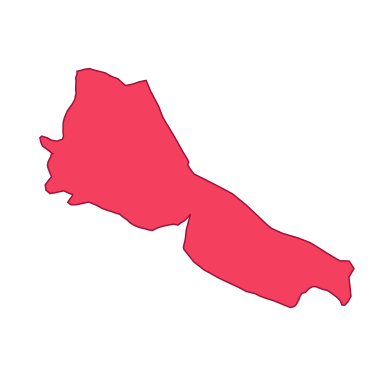 Dokan, As-Sulaymaniyah, Iraq, rotated 168°
{"feature_id": "34846034B72694577895124", "entity_name": "Dokan", "entity_type": "district", "adm_level": 2, "iso_a3": "IRQ", "parent_name": "Iraq", "parent_adm1": "As-Sulaymaniyah", "projection": "albers", "projection_center": [45.03, 35.922], "detail": "fine", "context": "isolated", "style": "filled", "palette": "rose", "viewbox_px": 384, "rotation_deg": 168, "n_neighbors": 0, "source": "geoboundaries", "source_scale": "gbopen_adm2", "svg_char_len": 2092}
<svg xmlns="http://www.w3.org/2000/svg" viewBox="0 0 384 384"><g transform="rotate(168 192 192)"><path d="M328.7,268.1L324.5,263.3L320.3,258.5L321.7,258.5L322.8,255.7L324.2,254.3L326.4,251.5L327.8,248.4L327.8,245.3L327.0,239.8L326.1,236.3L329.5,233.6L331.4,231.8L334.2,229.4L334.2,228.0L334.5,224.2L334.2,223.9L331.4,220.1L328.6,219.8L324.1,219.8L317.1,219.8L312.6,216.3L309.3,214.3L310.4,212.6L312.6,210.8L315.7,207.7L312.9,204.6L307.6,203.6L300.8,203.6L294.7,203.6L293.0,202.2L289.9,200.2L286.0,197.1L283.2,194.6L279.0,191.9L275.1,189.8L270.1,186.7L267.3,185.3L265.0,182.2L261.4,178.4L258.9,174.6L255.2,171.2L251.0,168.4L245.4,165.7L241.5,163.6L238.7,162.6L232.0,164.3L226.7,164.6L221.1,164.6L216.4,164.3L212.5,162.6L209.7,164.0L204.9,165.7L199.9,169.1L198.1,170.7L201.6,163.9L205.5,156.0L208.6,146.7L211.9,139.8L211.9,137.7L204.7,123.2L196.3,113.2L188.2,106.3L183.5,102.1L166.2,89.0L159.5,83.4L151.1,79.3L147.8,76.5L142.5,73.1L135.0,68.9L126.9,63.4L123.3,60.9L119.6,58.5L115.7,58.8L113.5,60.2L109.9,64.4L107.9,67.8L105.1,70.2L102.1,70.2L97.3,73.3L94.0,74.3L91.2,74.0L84.2,69.5L80.3,67.7L77.8,65.3L72.8,59.7L70.9,57.0L69.5,54.6L68.8,50.3L66.1,49.6L62.5,52.0L58.2,56.9L57.4,64.1L56.2,76.2L49.5,83.4L52.6,91.7L58.1,93.2L61.2,93.7L63.6,95.6L72.5,103.9L80.3,111.6L87.0,117.9L97.5,124.8L111.6,132.5L113.1,133.5L117.8,136.9L121.7,139.8L125.3,144.2L142.0,168.4L153.0,182.0L164.0,191.2L177.7,202.4L186.3,209.1L189.0,215.0L190.6,219.3L189.0,221.7L189.7,225.1L192.6,233.3L197.9,250.4L204.9,270.6L206.1,278.0L206.7,282.3L211.5,299.0L213.7,310.7L220.9,310.7L227.3,309.9L234.8,309.9L239.3,315.7L240.8,318.1L244.6,320.4L247.8,322.7L252.2,326.6L257.6,329.3L262.6,331.7L263.7,332.3L266.4,334.0L271.5,334.4L276.5,334.0L279.4,334.0L280.0,330.9L281.9,328.1L282.5,323.9L283.8,319.2L284.7,315.3L284.7,313.0L286.6,309.1L286.9,307.5L288.2,306.0L289.5,304.4L291.7,302.1L294.5,299.7L297.3,297.0L301.1,291.6L303.3,287.3L304.9,281.1L305.8,276.8L306.1,273.3L307.7,270.6L313.7,269.8L319.1,272.1L322.5,275.2L327.3,277.9L329.5,276.7L329.5,272.1L328.7,268.1Z" fill="#f43f5e" stroke="#9f1239" stroke-width="1.5"/></g></svg>